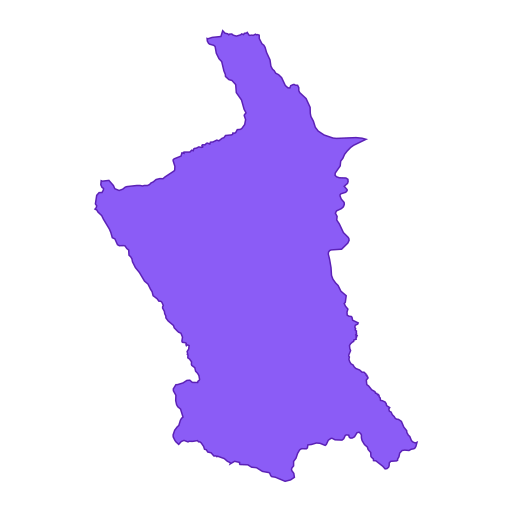 the district of Peñol, Antioquia, Colombia
{"feature_id": "7082276B19280887364863", "entity_name": "Peñol", "entity_type": "district", "adm_level": 2, "iso_a3": "COL", "parent_name": "Colombia", "parent_adm1": "Antioquia", "projection": "orthographic", "projection_center": [-75.222, 6.241], "detail": "fine", "context": "isolated", "style": "filled", "palette": "violet", "viewbox_px": 512, "rotation_deg": 0, "n_neighbors": 0, "source": "geoboundaries", "source_scale": "gbopen_adm2", "svg_char_len": 6058}
<svg xmlns="http://www.w3.org/2000/svg" viewBox="0 0 512 512"><path d="M95.0,209.1L96.8,210.0L98.0,212.1L101.7,215.6L103.5,219.3L109.3,228.9L110.8,232.4L112.3,237.7L114.9,238.9L117.5,244.7L119.3,245.7L123.9,245.6L125.0,245.9L126.8,248.5L128.7,250.1L129.0,255.2L130.6,256.7L131.9,258.8L132.5,261.8L135.4,267.6L139.4,272.5L144.5,281.1L148.0,284.1L150.6,289.4L152.1,291.7L153.1,295.7L157.2,298.8L158.8,301.1L160.8,301.3L161.9,302.3L163.3,305.5L162.6,306.8L162.6,308.1L164.4,311.4L164.7,313.7L165.8,315.9L165.9,317.9L168.1,320.9L173.5,325.5L174.2,327.8L177.4,331.1L178.6,332.2L180.9,333.2L182.5,337.1L181.9,341.1L182.4,342.3L185.2,342.7L186.3,343.3L186.0,344.7L186.4,345.7L187.5,344.9L189.1,345.5L188.7,349.0L187.1,351.5L187.6,353.4L187.3,354.4L188.0,355.0L187.8,357.8L189.5,359.0L191.5,361.8L191.4,364.4L191.8,365.4L194.8,367.7L195.6,371.2L197.5,373.2L198.9,375.5L199.6,379.4L199.2,380.3L197.9,381.3L197.7,382.5L192.3,382.4L189.8,380.2L186.9,380.4L183.1,382.9L177.6,384.6L175.9,384.7L173.3,388.9L173.4,390.8L175.9,395.3L175.7,400.6L176.6,404.7L177.8,406.8L180.5,409.0L182.9,416.7L182.9,417.3L181.6,418.2L180.4,420.3L178.8,425.5L177.2,426.9L174.7,430.2L173.1,434.9L173.2,436.9L174.8,440.2L175.8,441.7L178.7,444.4L181.3,441.5L184.0,440.4L188.0,441.9L189.2,441.3L192.6,441.4L197.4,440.6L198.5,441.8L199.9,441.9L201.2,442.9L203.6,446.4L204.5,449.2L206.4,449.8L207.7,452.0L211.1,452.8L213.9,456.0L215.9,455.9L216.9,456.7L217.6,456.2L224.3,458.6L227.4,461.3L230.1,462.6L230.5,463.1L230.2,463.9L234.6,461.3L239.6,462.4L239.6,464.0L240.0,464.5L247.8,464.8L251.6,467.2L256.5,467.7L262.4,471.4L268.9,472.6L269.7,473.1L270.7,475.6L271.7,476.6L275.3,477.2L285.1,481.3L290.6,479.9L294.4,477.3L293.8,473.4L291.8,470.6L291.5,469.3L292.0,467.8L293.6,465.9L293.6,461.4L296.0,458.2L297.6,453.4L299.7,449.8L301.6,448.7L306.4,448.8L307.4,447.9L307.9,444.9L311.4,444.5L316.4,443.0L320.0,443.3L325.2,445.4L326.3,444.5L328.3,440.2L331.1,438.3L332.3,438.4L335.0,439.8L342.0,440.1L343.7,438.8L345.3,435.4L346.5,434.9L348.8,435.2L349.1,436.9L349.8,437.7L350.8,438.1L352.3,438.0L354.5,436.8L357.0,432.7L359.1,432.2L360.7,433.7L361.4,435.0L361.4,437.8L362.1,440.6L364.5,444.6L367.4,447.1L368.1,449.5L370.7,452.5L370.9,456.3L371.5,457.3L373.3,458.8L373.5,460.6L375.8,460.8L376.5,461.3L382.8,466.3L385.1,468.9L387.0,468.6L388.6,467.2L389.1,465.8L389.3,462.8L390.8,461.3L396.5,460.9L397.6,460.3L397.6,459.0L398.9,456.9L399.7,453.1L402.1,450.5L404.7,450.1L409.0,450.5L411.1,449.3L414.0,448.7L415.0,448.0L415.9,446.4L417.0,442.3L415.6,442.9L414.5,442.7L412.6,441.8L411.4,440.5L409.8,436.5L408.3,435.1L406.8,432.4L406.7,430.7L403.8,427.1L401.4,421.4L398.5,419.4L396.4,419.1L394.9,417.9L394.3,416.7L392.3,414.7L391.1,412.1L389.4,411.2L388.8,409.0L389.7,407.6L386.6,405.6L386.2,403.7L385.1,402.0L382.3,400.7L380.5,400.4L380.2,398.0L379.2,396.8L379.0,395.4L378.4,394.5L377.6,394.8L376.8,393.4L375.5,393.2L374.9,391.6L371.7,389.8L368.6,385.9L366.8,384.6L366.3,380.1L368.0,378.0L367.9,377.2L367.0,376.4L367.0,375.4L366.2,375.2L366.0,374.1L364.0,372.2L362.1,372.2L359.6,370.0L355.7,368.4L354.1,366.8L353.1,365.0L351.0,363.8L349.7,361.7L348.9,359.2L349.4,357.0L348.7,356.0L348.8,354.9L350.6,350.6L349.8,348.6L349.5,345.5L350.5,343.8L352.6,341.9L353.6,341.5L353.9,340.0L356.2,339.2L356.0,337.9L356.6,337.0L356.1,336.2L357.2,335.7L356.9,335.1L355.8,334.7L356.6,333.2L356.2,332.2L356.5,331.1L355.2,329.9L355.6,328.4L354.9,327.6L354.9,326.6L355.4,325.2L357.7,324.1L358.2,322.9L352.6,320.2L352.0,317.3L351.3,316.5L348.9,316.2L347.2,315.1L347.0,312.1L347.9,309.1L345.4,306.1L344.2,303.5L345.3,302.3L346.2,295.7L340.9,291.2L338.1,285.5L335.6,283.0L332.9,279.2L331.5,275.4L331.0,267.6L329.6,259.4L328.3,254.1L328.5,252.1L329.7,250.5L331.3,249.9L341.6,249.2L347.8,243.1L349.1,240.3L348.8,238.4L348.0,237.2L343.4,232.6L339.3,223.9L336.7,220.0L337.1,216.4L335.4,213.2L336.5,210.9L341.4,208.6L343.3,206.9L343.9,205.6L344.3,204.2L344.1,202.4L341.2,199.0L340.0,195.8L340.1,194.7L340.9,193.8L345.7,192.3L347.1,190.7L347.1,189.6L344.2,186.3L347.5,183.4L348.1,181.6L347.9,179.3L345.9,178.0L339.4,177.8L336.6,176.8L335.1,175.4L335.2,173.1L340.2,165.9L340.7,161.1L342.8,158.4L344.6,154.3L347.1,151.1L350.7,147.4L353.6,145.3L366.0,139.3L362.0,138.2L356.0,137.6L336.6,138.4L333.2,138.1L324.1,135.0L318.2,131.1L315.3,127.3L313.4,121.2L310.9,116.5L310.3,113.4L310.1,107.3L306.1,98.6L299.7,92.6L298.8,90.6L298.8,87.7L297.6,85.3L295.4,85.2L294.3,84.5L293.3,84.5L290.7,85.7L289.9,87.9L288.0,87.9L285.3,85.5L281.6,77.6L278.6,74.7L275.7,73.2L274.2,70.7L272.5,69.2L270.9,66.2L270.0,59.9L266.6,52.6L265.1,47.4L263.9,45.3L261.9,43.7L259.3,38.6L259.2,35.2L257.6,34.6L256.4,34.8L255.5,34.2L253.1,35.4L251.9,35.1L249.7,35.4L249.1,35.2L247.2,32.4L246.5,33.1L244.4,33.3L243.5,34.6L241.7,33.9L240.7,34.8L236.4,36.1L233.3,35.2L231.8,34.0L229.6,34.1L228.8,34.8L227.7,33.8L225.0,33.2L222.7,30.7L220.9,36.5L212.2,37.4L207.9,38.8L207.1,38.5L207.3,41.0L208.6,43.4L209.7,44.2L213.7,45.3L215.1,46.5L216.3,53.2L219.0,58.7L221.7,61.6L223.9,70.9L225.3,74.3L225.5,76.5L228.9,79.6L232.0,80.5L235.7,84.6L236.3,92.6L241.5,100.0L244.1,109.3L245.9,112.6L245.8,113.3L244.6,114.4L244.2,115.5L245.6,119.6L244.7,124.5L241.8,128.5L240.3,129.4L237.3,129.6L235.6,132.7L234.3,133.2L232.9,133.0L232.6,134.3L231.5,134.9L225.5,135.5L223.9,137.7L222.1,138.3L218.9,140.8L216.8,140.1L212.9,142.0L210.4,142.2L209.8,144.0L207.4,143.1L206.5,143.3L205.0,144.8L202.4,144.8L201.9,145.8L202.7,146.6L202.6,147.2L201.2,147.4L198.8,146.9L196.3,148.2L194.5,148.4L193.7,149.0L193.2,150.7L191.7,150.2L189.8,152.1L184.1,152.1L183.6,152.3L183.9,153.3L181.9,152.9L181.0,156.1L174.2,158.8L173.2,159.7L173.1,160.7L174.9,166.4L174.7,170.1L174.0,171.0L164.9,177.0L163.0,178.7L159.8,178.6L156.1,179.5L153.4,181.8L150.8,183.1L149.6,184.5L147.5,185.5L144.2,185.5L142.5,186.0L140.2,185.5L136.7,185.5L126.9,186.6L125.3,187.1L122.7,189.2L119.1,190.5L114.8,188.7L113.4,185.5L108.9,180.4L102.3,181.2L101.2,180.7L100.8,184.8L102.0,187.4L103.5,188.4L103.4,190.0L102.0,192.5L99.1,192.6L96.7,195.3L95.4,203.9L96.7,205.8L96.3,207.6L95.0,209.1Z" fill="#8b5cf6" stroke="#5b21b6" stroke-width="1.5"/></svg>